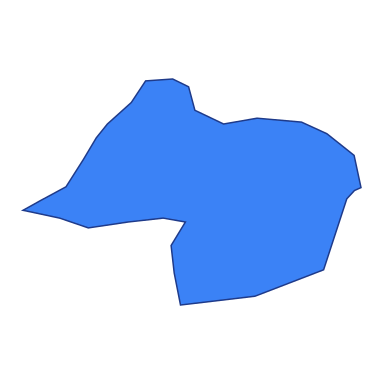 outline of Escaldes-Engordany
{"feature_id": "AND-4881", "entity_name": "Escaldes-Engordany", "entity_type": "state/province", "adm_level": 1, "iso_a3": "AND", "parent_name": "Andorra", "parent_adm1": "", "projection": "robinson", "projection_center": [1.58, 42.496], "detail": "fine", "context": "isolated", "style": "filled", "palette": "blue", "viewbox_px": 384, "rotation_deg": 0, "n_neighbors": 0, "source": "natural_earth", "source_scale": "10m", "svg_char_len": 482}
<svg xmlns="http://www.w3.org/2000/svg" viewBox="0 0 384 384"><path d="M361.0,187.6L354.5,190.5L346.8,198.8L323.6,269.8L255.0,296.2L180.5,305.0L174.2,273.0L171.1,245.5L185.4,222.0L163.1,218.1L128.1,222.0L88.3,227.9L59.6,218.1L23.0,210.3L40.6,200.5L66.0,186.8L83.5,159.3L96.3,137.8L107.4,124.0L131.3,102.5L145.6,80.9L172.7,79.0L188.6,86.8L194.9,110.3L223.6,124.0L257.0,118.2L301.5,122.1L327.0,133.8L354.1,155.4L361.0,187.6Z" fill="#3b82f6" stroke="#1e3a8a" stroke-width="1.5"/></svg>